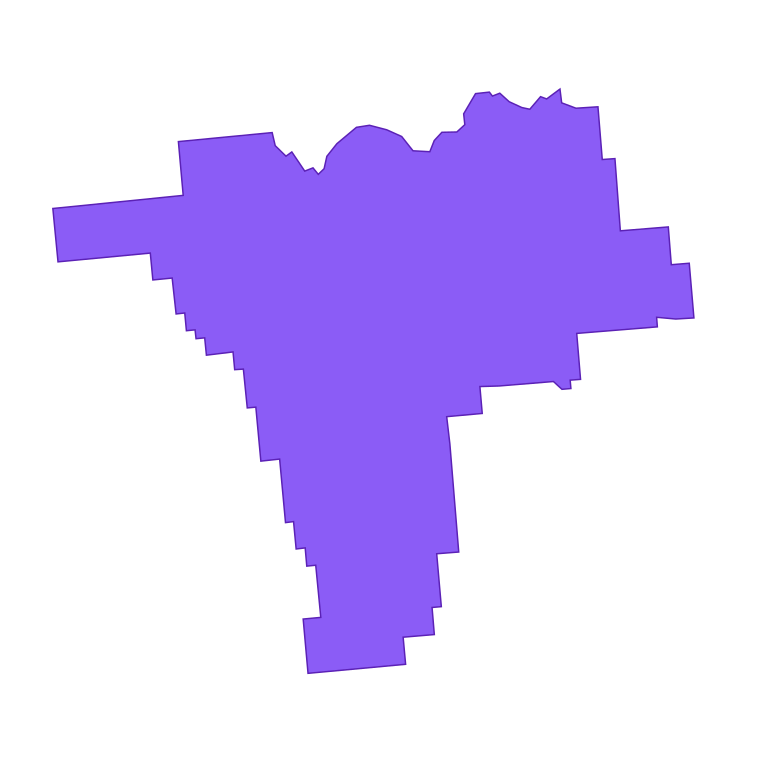 Union, Oregon, United States of America, rotated 175°
{"feature_id": "52423323B75760567644754", "entity_name": "Union", "entity_type": "district", "adm_level": 2, "iso_a3": "USA", "parent_name": "United States of America", "parent_adm1": "Oregon", "projection": "orthographic", "projection_center": [-118.033, 45.409], "detail": "fine", "context": "isolated", "style": "filled", "palette": "violet", "viewbox_px": 768, "rotation_deg": 175, "n_neighbors": 0, "source": "geoboundaries", "source_scale": "gbopen_adm2", "svg_char_len": 1282}
<svg xmlns="http://www.w3.org/2000/svg" viewBox="0 0 768 768"><g transform="rotate(175 384 384)"><path d="M267.5,665.3L281.1,646.2L280.9,635.3L289.5,628.7L304.4,629.7L312.7,622.2L318.1,611.4L334.8,613.8L344.8,629.0L359.1,637.0L375.9,643.0L389.1,642.1L410.0,627.5L421.1,615.8L424.9,603.7L431.2,598.6L435.9,605.5L444.4,603.0L455.6,623.2L461.8,619.5L471.6,630.9L473.5,644.2L567.7,643.4L567.6,589.4L698.6,587.7L698.1,534.1L605.4,534.8L605.2,507.8L585.8,508.0L585.0,471.9L576.3,472.1L576.2,454.3L567.5,454.4L567.3,445.5L558.6,445.6L558.4,428.2L531.6,429.1L531.5,411.3L522.8,411.1L522.3,372.1L513.7,372.1L513.4,317.9L494.5,318.3L494.2,254.5L486.1,254.8L485.9,227.3L476.8,227.6L476.8,209.3L467.8,209.4L467.3,157.0L485.0,156.9L484.9,102.4L386.9,102.9L387.0,130.1L355.7,130.0L355.6,157.2L346.3,157.2L346.3,210.3L324.2,210.1L323.6,318.6L324.4,346.0L288.7,346.1L288.7,373.1L269.6,372.0L215.0,371.7L207.2,363.2L198.2,363.2L198.2,371.6L187.8,371.5L187.6,417.6L106.7,417.1L106.6,426.7L87.7,423.3L69.5,422.8L69.4,477.7L87.4,477.8L87.1,515.7L135.2,516.0L134.3,588.4L147.0,588.6L146.7,641.5L168.7,642.0L182.5,648.6L183.0,662.5L197.1,653.8L203.0,656.6L214.8,645.0L222.6,647.4L234.7,654.3L243.3,663.6L250.9,661.4L253.6,665.6L267.5,665.3Z" fill="#8b5cf6" stroke="#5b21b6" stroke-width="1.5"/></g></svg>